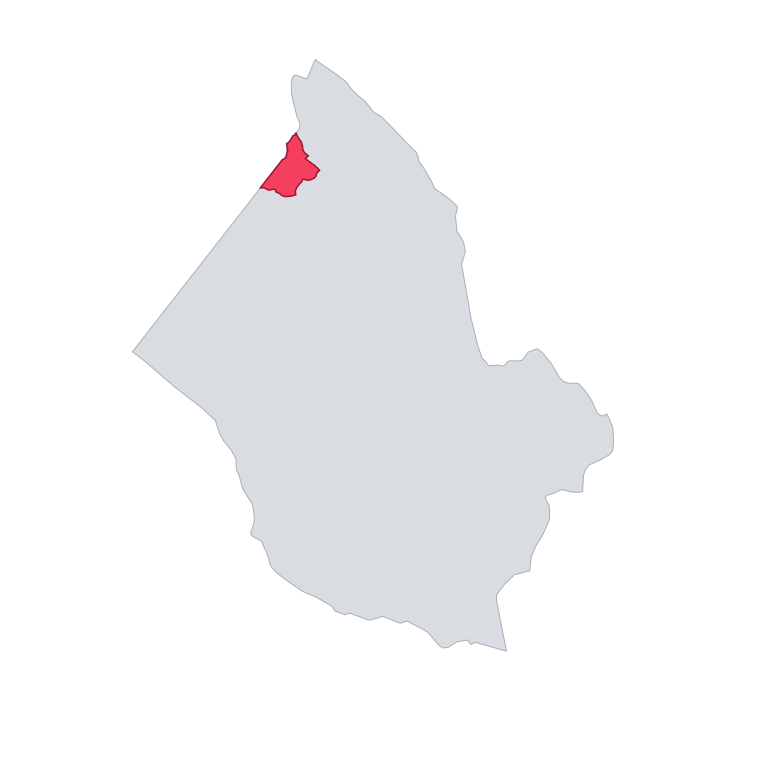 Isingiro on a map of Uganda (Natural Earth projection), rotated 128°
{"feature_id": "UGA-3370", "entity_name": "Isingiro", "entity_type": "County", "adm_level": 1, "iso_a3": "UGA", "parent_name": "Uganda", "parent_adm1": "", "projection": "natural_earth1", "projection_center": [30.796, -0.839], "detail": "fine", "context": "in_parent", "style": "filled", "palette": "rose", "viewbox_px": 768, "rotation_deg": 128, "n_neighbors": 0, "source": "natural_earth", "source_scale": "10m", "svg_char_len": 3209}
<svg xmlns="http://www.w3.org/2000/svg" viewBox="0 0 768 768"><g transform="rotate(128 384 384)"><path d="M513.5,602.1L504.9,602.1L490.8,602.1L476.7,602.1L462.6,602.1L448.5,602.1L434.4,602.1L420.3,602.1L406.2,602.1L392.1,602.1L378.0,602.1L363.9,602.1L349.8,602.1L335.7,602.1L321.6,602.1L307.5,602.1L293.4,602.1L279.3,602.1L271.0,602.1L269.3,601.8L268.2,601.5L262.8,602.6L257.3,606.6L251.5,608.3L245.2,607.7L244.4,608.1L241.3,608.0L236.7,607.7L232.6,608.8L229.4,612.3L226.2,618.3L220.4,625.2L215.9,631.4L212.0,635.7L203.2,642.9L198.4,645.0L196.1,644.7L194.6,643.4L191.8,634.2L190.1,632.7L173.0,637.4L170.4,637.5L170.7,634.7L169.4,613.1L169.2,599.8L171.5,591.6L172.8,582.0L172.9,573.6L176.1,559.3L174.9,550.7L179.0,520.6L180.0,515.7L181.6,501.2L184.1,496.7L186.4,494.9L189.3,486.0L194.9,471.7L198.8,464.4L197.9,448.3L198.6,437.4L199.5,435.0L207.7,431.0L218.5,420.9L223.0,409.0L229.5,401.4L241.9,396.5L278.7,355.8L295.9,333.8L303.3,322.6L303.6,318.6L305.0,313.3L302.0,309.1L298.5,305.4L297.3,301.9L294.2,300.2L289.8,300.3L286.9,297.7L283.6,292.8L280.3,289.7L269.8,289.9L261.8,284.9L261.9,278.0L265.0,264.5L271.1,249.0L271.5,244.7L270.6,241.0L269.1,237.9L266.4,234.8L263.8,231.1L265.8,219.9L269.6,209.0L272.8,203.5L275.9,197.4L275.0,192.4L270.5,189.9L272.8,185.0L277.7,176.7L287.1,168.4L295.4,162.8L300.9,162.8L311.6,167.2L321.3,172.5L326.7,172.8L333.1,170.6L346.5,161.3L349.8,164.2L353.7,169.9L357.9,179.2L366.4,183.4L370.4,186.4L373.3,187.2L374.9,186.5L378.1,179.2L382.0,175.2L389.2,170.1L404.9,166.1L416.2,164.9L421.0,164.0L429.0,161.7L441.6,154.2L454.0,163.8L467.5,165.7L480.6,165.6L484.6,162.7L486.8,160.4L500.6,144.5L519.1,123.0L531.5,153.3L535.8,155.1L535.2,157.8L534.1,160.3L542.2,167.7L552.2,171.5L555.8,175.2L556.1,179.3L552.7,197.1L553.4,202.1L556.6,219.9L562.5,223.9L567.8,241.8L578.5,249.4L580.0,251.6L582.5,260.3L585.7,269.8L588.3,272.0L589.8,272.6L593.0,282.7L591.2,288.3L593.6,305.6L597.6,321.0L598.7,339.4L598.8,347.5L598.6,352.4L597.7,359.4L595.8,363.5L592.4,367.4L588.7,373.6L585.4,380.2L583.3,383.5L584.9,393.4L584.5,396.0L583.7,397.3L578.8,398.8L572.7,401.4L568.9,404.1L563.7,409.1L559.4,414.6L553.8,430.6L544.4,443.1L542.8,447.2L534.0,454.7L530.1,463.8L527.6,475.1L524.2,483.2L516.7,494.2L515.0,511.7L515.2,546.7L513.3,586.5L513.5,602.1Z" fill="#d9dde1" stroke="#a8b0b8" stroke-width="1"/><path d="M241.4,608.1L240.5,607.7L240.7,607.1L242.3,604.1L243.5,600.8L243.7,599.3L244.3,597.9L245.3,596.8L246.9,594.2L248.1,593.6L249.7,591.4L250.7,589.1L250.8,584.1L254.8,584.8L254.7,576.8L254.4,572.9L254.8,571.2L254.7,569.5L255.3,566.3L258.6,566.8L260.1,566.5L261.8,565.6L264.7,565.7L268.3,567.6L271.1,570.6L271.7,572.5L272.6,574.0L274.4,573.5L276.1,573.4L279.6,573.8L283.1,573.7L286.4,572.7L289.2,570.1L293.0,572.7L296.2,576.1L297.7,578.3L298.4,580.9L298.1,583.2L299.2,587.3L297.8,589.4L298.8,591.4L300.7,592.7L302.3,594.6L302.9,597.0L303.2,599.3L304.7,601.1L305.5,602.2L303.8,602.2L289.3,602.2L274.8,602.2L269.7,602.2L268.4,601.4L265.6,600.6L262.6,602.4L259.6,603.5L258.5,604.2L255.6,607.7L254.6,608.7L252.7,608.0L251.0,607.7L247.0,608.2L245.5,608.6L244.6,608.7L244.1,608.4L243.7,607.9L243.1,607.5L242.1,607.3L241.5,607.9L241.4,608.1Z" fill="#f43f5e" stroke="#9f1239" stroke-width="1.5"/></g></svg>